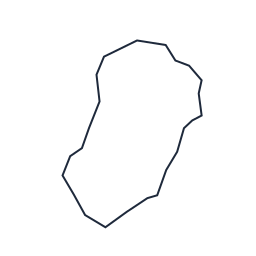 outline of Agios Nikolaos Soleas, Cyprus, rotated 142°
{"feature_id": "46923920B37444624958942", "entity_name": "Agios Nikolaos Soleas", "entity_type": "district", "adm_level": 2, "iso_a3": "CYP", "parent_name": "Cyprus", "parent_adm1": "", "projection": "natural_earth1", "projection_center": [32.87, 35.098], "detail": "fine", "context": "isolated", "style": "outline", "palette": "slate", "viewbox_px": 256, "rotation_deg": 142, "n_neighbors": 0, "source": "geoboundaries", "source_scale": "gbopen_adm2", "svg_char_len": 445}
<svg xmlns="http://www.w3.org/2000/svg" viewBox="0 0 256 256"><g transform="rotate(142 128 128)"><path d="M62.3,92.5L51.0,111.7L40.6,120.3L41.5,139.5L49.1,152.0L47.2,170.2L67.0,191.4L103.0,199.0L120.0,189.4L134.1,166.4L158.7,152.0L176.7,140.5L190.9,141.4L208.8,130.9L211.7,108.8L215.4,85.8L206.9,63.7L180.5,62.7L155.9,60.8L146.4,57.0L123.7,71.4L103.9,79.0L84.0,93.4L72.7,94.4L62.3,92.5Z" fill="none" stroke="#1e293b" stroke-width="2"/></g></svg>